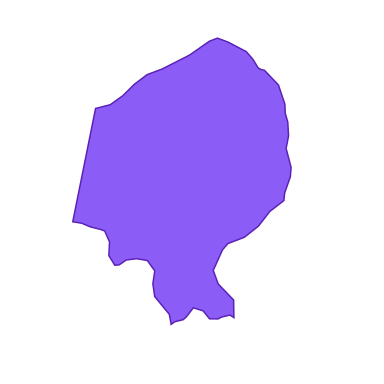 Aksaray, Natural Earth projection, rotated 157°
{"feature_id": "TUR-3021", "entity_name": "Aksaray", "entity_type": "Province", "adm_level": 1, "iso_a3": "TUR", "parent_name": "Turkey", "parent_adm1": "", "projection": "natural_earth1", "projection_center": [33.872, 38.466], "detail": "fine", "context": "isolated", "style": "filled", "palette": "violet", "viewbox_px": 384, "rotation_deg": 157, "n_neighbors": 0, "source": "natural_earth", "source_scale": "10m", "svg_char_len": 876}
<svg xmlns="http://www.w3.org/2000/svg" viewBox="0 0 384 384"><g transform="rotate(157 192 192)"><path d="M179.1,130.5L186.6,126.8L203.1,111.5L203.8,97.1L195.9,76.3L202.5,60.0L205.2,63.9L213.4,65.3L217.6,65.0L225.4,68.4L228.2,78.2L236.0,84.9L245.9,79.3L250.0,77.9L258.6,79.3L262.9,78.3L260.7,88.3L267.2,110.3L263.9,122.8L257.1,133.9L259.9,146.4L269.0,152.2L279.0,155.1L287.5,153.4L291.7,154.7L293.4,165.9L287.4,178.3L287.6,190.3L291.1,193.5L299.3,199.7L305.8,206.4L313.4,211.2L248.1,306.6L233.2,304.3L218.3,307.6L202.9,313.7L187.4,317.6L171.7,316.9L140.8,319.0L117.1,324.0L108.5,323.7L100.4,316.1L87.2,300.0L84.1,290.5L82.6,280.3L80.4,277.6L77.8,275.8L70.6,256.7L72.2,236.5L75.4,228.1L76.5,219.0L81.2,205.9L88.3,195.4L91.2,175.9L95.5,167.6L107.0,155.0L110.8,148.2L128.0,143.7L144.2,134.6L161.4,129.9L179.1,130.5Z" fill="#8b5cf6" stroke="#5b21b6" stroke-width="1.5"/></g></svg>